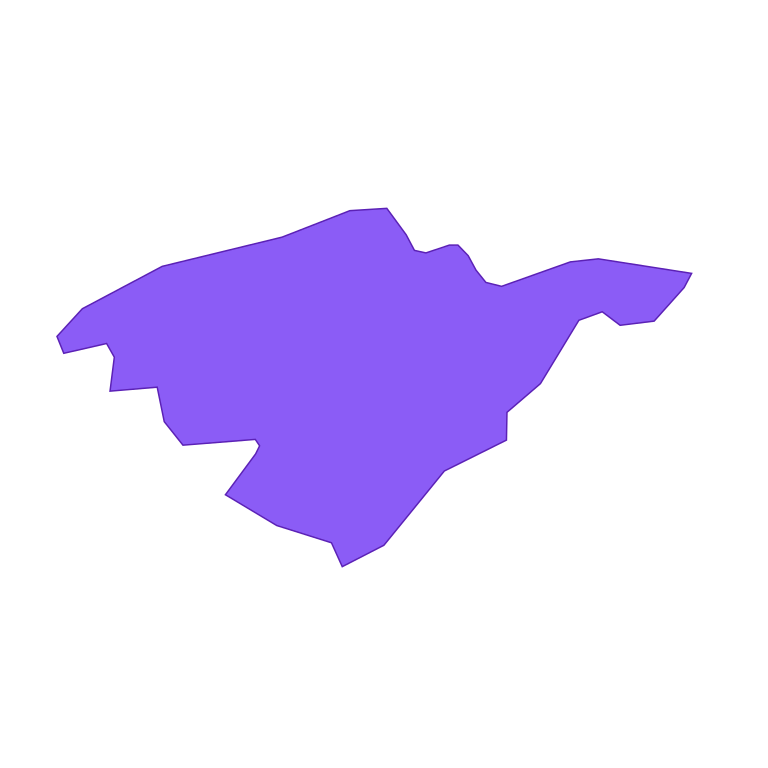 an SVG outline of Falkirk, rotated 353°
{"feature_id": "GBR-2015", "entity_name": "Falkirk", "entity_type": "Unitary District", "adm_level": 1, "iso_a3": "GBR", "parent_name": "United Kingdom", "parent_adm1": "", "projection": "mercator", "projection_center": [-3.764, 55.973], "detail": "fine", "context": "isolated", "style": "filled", "palette": "violet", "viewbox_px": 768, "rotation_deg": 353, "n_neighbors": 0, "source": "natural_earth", "source_scale": "10m", "svg_char_len": 684}
<svg xmlns="http://www.w3.org/2000/svg" viewBox="0 0 768 768"><g transform="rotate(353 384 384)"><path d="M408.2,210.0L424.2,238.6L430.5,255.1L441.6,259.0L465.7,254.1L474.3,255.1L483.2,266.9L489.2,282.2L497.5,295.6L512.6,301.4L583.9,285.5L612.0,285.9L702.8,311.7L693.7,324.8L659.8,354.5L625.5,354.5L609.4,338.9L585.2,344.5L539.3,402.7L502.6,427.1L498.7,454.6L433.3,477.7L364.3,544.0L320.3,560.2L312.5,535.2L260.3,511.4L213.1,474.6L248.1,437.7L253.0,430.2L249.5,423.3L177.0,420.2L161.3,394.6L158.5,359.5L111.2,357.7L119.6,324.5L113.6,310.0L69.9,314.5L65.2,296.9L93.8,272.5L178.2,240.2L300.8,225.8L371.2,207.8L408.2,210.0Z" fill="#8b5cf6" stroke="#5b21b6" stroke-width="1.5"/></g></svg>